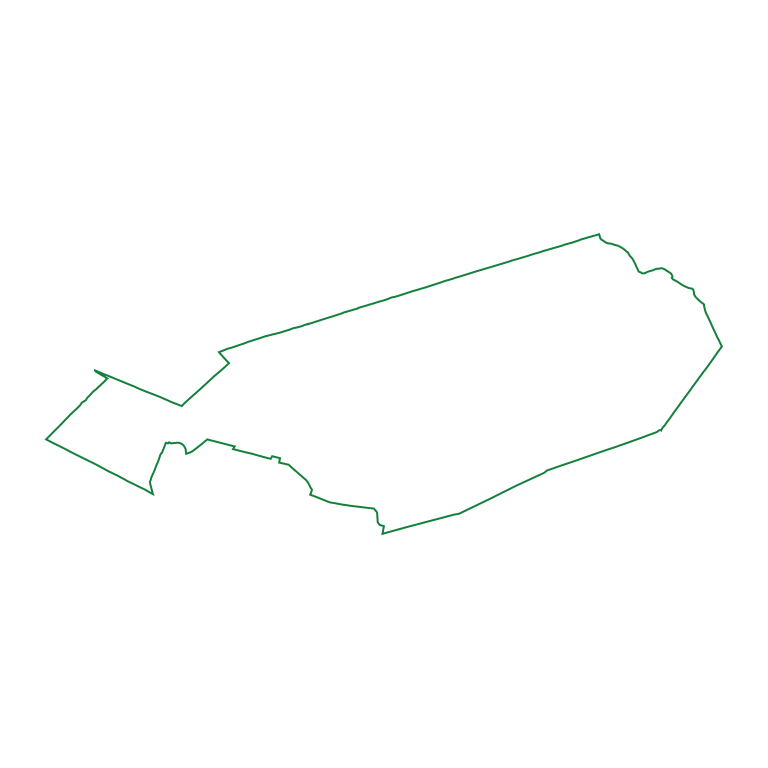 Didesti, Teleorman, Romania
{"feature_id": "2599482B46848008885107", "entity_name": "Didesti", "entity_type": "district", "adm_level": 2, "iso_a3": "ROU", "parent_name": "Romania", "parent_adm1": "Teleorman", "projection": "natural_earth1", "projection_center": [24.889, 44.225], "detail": "fine", "context": "isolated", "style": "outline", "palette": "green", "viewbox_px": 768, "rotation_deg": 0, "n_neighbors": 0, "source": "geoboundaries", "source_scale": "gbopen_adm2", "svg_char_len": 6076}
<svg xmlns="http://www.w3.org/2000/svg" viewBox="0 0 768 768"><path d="M382.5,533.8L404.9,527.6L454.0,514.6L458.9,513.8L488.8,499.4L516.0,485.8L544.2,472.8L547.1,470.4L550.6,469.3L557.9,466.7L575.3,460.8L604.9,450.5L614.6,447.3L627.4,442.8L641.3,437.8L646.4,435.9L652.3,433.7L653.6,433.3L655.1,432.7L656.5,432.2L657.4,431.7L658.5,430.8L659.2,430.3L660.6,430.0L661.0,430.1L661.2,430.3L661.5,429.5L662.0,428.7L662.8,427.5L664.9,425.2L665.3,424.5L665.7,423.9L666.3,422.9L667.1,421.9L668.5,420.1L670.0,418.1L671.9,415.3L674.0,412.3L676.3,409.2L678.3,406.5L680.9,402.8L685.6,396.4L690.1,390.3L693.3,385.8L695.8,382.4L699.2,377.7L704.0,371.2L706.6,367.9L711.9,360.5L716.8,353.4L719.9,349.2L721.2,347.4L721.9,346.6L719.4,341.4L718.7,339.8L717.7,338.2L715.7,333.8L713.3,328.7L709.9,321.1L707.6,316.3L706.4,313.9L705.7,312.2L705.2,310.9L705.0,309.8L704.6,308.3L704.1,306.1L704.0,305.0L704.0,304.5L703.6,304.0L701.5,302.5L700.0,301.3L698.5,299.9L697.2,298.6L695.7,297.1L695.2,296.4L694.4,295.0L694.1,294.4L694.1,293.7L694.0,292.4L693.6,290.9L693.2,289.8L692.8,289.2L692.5,288.9L691.8,288.6L690.6,288.4L689.0,288.1L687.7,287.6L684.4,286.1L682.8,285.2L681.4,284.5L680.4,283.7L678.9,282.7L677.1,281.6L676.2,281.1L674.9,280.3L673.8,279.9L673.0,279.3L672.2,278.5L671.8,277.8L672.1,277.6L672.3,277.2L672.4,276.9L672.4,276.3L672.0,275.2L671.4,274.2L670.9,273.5L670.1,272.9L669.1,272.2L668.1,271.5L666.9,270.9L664.9,269.5L663.7,268.9L662.4,268.4L661.7,268.3L661.2,268.2L659.0,268.7L657.9,268.8L657.1,268.7L656.5,268.8L654.8,269.5L654.0,269.7L652.9,270.3L652.3,270.4L649.9,271.1L647.4,271.9L646.7,272.2L645.7,272.8L645.1,273.1L643.8,273.4L643.0,273.4L642.4,273.4L641.9,273.2L641.0,272.5L640.7,272.3L639.4,272.0L639.1,271.8L638.7,271.5L638.4,271.0L638.1,270.4L637.3,268.5L636.3,266.5L635.7,265.0L634.6,262.7L633.3,260.3L632.4,258.7L631.8,257.9L631.1,257.2L630.5,256.6L629.7,255.7L629.2,254.8L628.4,253.3L628.0,252.6L627.6,252.2L626.6,251.6L623.9,249.2L622.8,248.4L621.7,247.7L619.3,246.4L618.2,245.8L617.2,245.5L614.2,244.8L613.3,244.5L612.9,244.3L612.6,244.0L612.2,243.9L609.9,243.5L608.3,243.4L607.5,243.2L606.7,243.0L606.1,242.7L605.5,242.3L605.0,241.8L604.6,241.8L601.9,239.8L601.1,239.4L600.8,239.0L600.5,238.6L600.2,238.0L599.7,236.4L599.6,235.7L599.3,234.9L599.0,234.2L598.1,234.6L597.1,234.9L593.7,235.8L591.7,236.4L588.5,237.3L583.3,238.8L581.0,239.5L579.7,240.0L577.7,240.8L576.1,241.3L574.6,241.8L571.8,242.7L568.4,243.6L563.9,244.9L562.7,245.4L561.1,245.9L557.5,247.0L554.1,247.9L545.6,250.4L543.4,251.0L538.9,252.5L536.3,253.3L534.2,253.8L532.1,254.5L526.0,256.5L524.0,257.0L518.5,258.7L516.0,259.4L513.3,260.1L511.4,260.7L509.6,261.4L504.6,262.9L501.6,263.8L499.6,264.4L497.8,265.0L493.6,266.2L492.1,266.7L490.2,267.3L488.5,267.7L485.6,268.6L483.5,269.2L481.6,269.8L478.7,270.6L468.5,273.8L459.2,276.7L456.3,277.5L452.8,278.7L449.6,279.7L447.6,280.3L446.7,280.4L438.5,283.2L435.1,284.3L431.8,285.4L424.9,287.6L421.4,288.6L416.4,290.1L412.8,291.1L407.1,293.0L397.5,296.1L396.3,296.4L394.3,297.0L392.2,297.3L390.4,297.9L388.5,298.7L387.4,299.2L386.8,299.4L386.4,299.5L384.5,300.2L378.2,301.9L372.6,303.7L370.0,304.4L366.0,305.7L359.0,307.7L358.6,307.9L358.4,308.0L358.2,308.3L356.8,308.7L350.7,310.5L343.2,312.7L342.4,313.2L334.1,315.9L321.2,319.9L316.4,321.5L307.7,324.3L307.7,324.0L304.5,325.0L302.5,325.9L300.6,326.5L297.6,327.3L295.4,327.8L293.7,328.1L292.9,328.3L292.1,328.6L290.7,329.2L289.7,329.6L286.5,330.6L282.6,331.8L281.3,332.2L280.1,332.6L277.3,333.3L274.8,334.0L273.1,334.3L270.9,334.9L265.3,336.3L260.9,337.8L258.5,338.6L256.2,339.3L251.9,340.7L248.1,341.9L243.6,343.6L231.8,347.6L228.0,348.6L225.5,349.6L223.1,350.6L220.7,351.5L219.0,352.2L221.4,355.0L226.4,360.5L229.0,363.2L225.0,366.9L222.1,369.5L217.4,373.5L214.4,376.0L207.2,382.7L196.7,392.3L193.9,394.7L185.1,402.6L183.4,404.3L181.7,406.1L177.8,404.5L171.5,402.1L168.9,400.9L160.0,397.0L154.5,394.8L151.1,393.5L146.8,391.9L139.2,388.8L136.5,387.6L135.4,387.0L134.3,386.5L128.5,384.2L120.2,380.8L115.8,379.0L108.4,375.9L105.9,375.0L95.1,370.4L95.1,370.6L95.4,371.1L95.9,371.7L96.6,372.1L98.3,373.0L100.4,374.3L100.9,374.7L103.2,375.9L107.4,378.5L106.6,379.1L105.8,379.9L104.2,381.6L103.3,382.6L102.3,383.4L100.2,385.5L97.4,387.9L97.0,388.6L96.1,389.3L93.7,391.1L92.7,392.1L90.7,394.3L89.4,395.7L88.5,396.5L87.0,398.2L86.1,399.7L85.6,400.4L82.4,402.2L81.8,402.7L80.3,405.0L79.3,406.1L76.9,408.5L70.0,414.9L67.8,417.3L65.1,420.0L62.6,422.7L59.0,426.4L55.9,429.5L53.6,431.8L46.1,439.4L48.1,440.4L52.5,442.7L59.2,446.0L64.8,448.8L71.4,452.3L76.4,454.8L87.7,460.4L93.3,463.1L96.8,464.9L108.5,471.3L111.3,472.6L115.6,474.7L117.9,475.8L121.3,477.7L123.7,478.9L125.6,480.0L127.5,481.1L129.0,481.9L130.5,482.6L132.1,483.3L133.2,483.9L134.7,484.6L140.1,487.3L145.2,489.7L147.5,491.1L149.4,492.2L151.5,493.3L152.9,494.1L151.7,489.6L151.0,486.8L150.6,485.4L150.3,484.3L150.1,482.6L150.0,481.9L150.1,481.5L150.4,480.6L150.9,479.4L151.1,478.3L151.5,477.0L152.0,476.0L152.8,474.2L154.9,469.5L156.0,466.3L156.9,464.0L157.4,463.2L158.7,459.8L159.4,457.7L160.3,455.0L160.9,453.8L161.2,453.4L161.5,453.1L161.9,452.9L165.9,442.8L166.2,442.8L166.5,442.9L167.2,443.1L167.9,443.3L168.2,443.3L168.4,443.1L168.6,442.9L168.9,442.4L169.5,442.5L170.2,443.0L170.8,443.3L171.9,443.3L173.9,443.1L175.5,442.9L177.1,442.7L178.2,442.8L179.5,443.0L181.2,443.6L182.5,444.4L183.5,445.3L184.8,447.3L185.5,448.9L185.7,449.4L185.8,450.2L185.9,452.0L186.2,453.8L187.8,453.3L189.9,452.5L191.2,451.9L192.4,451.3L193.2,450.7L194.7,449.5L197.5,447.4L201.0,444.6L206.6,440.0L207.3,439.4L209.9,440.1L229.0,445.0L234.7,446.5L233.0,449.1L244.9,452.1L251.8,453.7L258.1,455.5L268.8,458.4L270.7,458.8L272.2,456.2L280.0,458.2L279.2,462.6L284.6,463.8L288.6,464.7L293.0,468.7L301.0,475.6L303.0,477.4L304.1,478.4L305.7,479.7L306.1,480.1L307.7,482.2L308.3,483.0L310.3,487.1L311.1,488.5L311.9,489.5L311.8,490.3L310.9,493.1L310.2,494.7L316.1,496.9L318.1,497.7L327.2,501.4L330.4,502.5L332.4,502.8L334.4,503.1L341.7,504.5L344.9,504.9L350.4,505.8L374.0,508.6L377.1,512.5L377.7,522.2L379.8,525.0L383.9,526.1L382.5,533.8Z" fill="none" stroke="#15803d" stroke-width="2"/></svg>